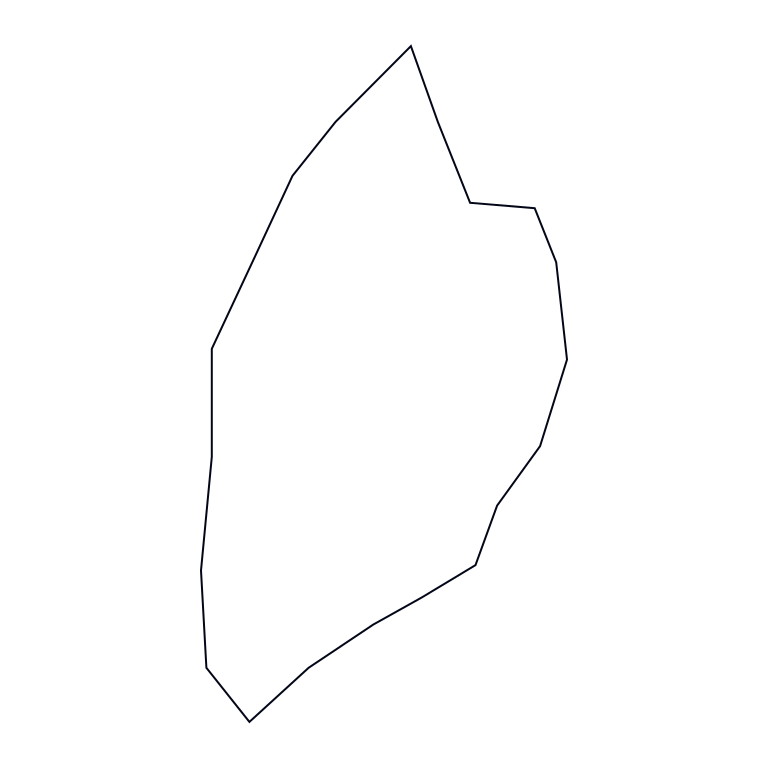 Agioi Iliofotoi, Nicosia, Cyprus
{"feature_id": "46923920B45981952402160", "entity_name": "Agioi Iliofotoi", "entity_type": "district", "adm_level": 2, "iso_a3": "CYP", "parent_name": "Cyprus", "parent_adm1": "Nicosia", "projection": "albers", "projection_center": [33.114, 35.064], "detail": "fine", "context": "isolated", "style": "outline", "palette": "ink", "viewbox_px": 768, "rotation_deg": 0, "n_neighbors": 0, "source": "geoboundaries", "source_scale": "gbopen_adm2", "svg_char_len": 377}
<svg xmlns="http://www.w3.org/2000/svg" viewBox="0 0 768 768"><path d="M410.9,46.1L335.6,121.8L292.5,175.8L254.8,256.9L211.8,348.8L211.8,456.9L201.0,570.5L206.4,667.8L249.4,721.9L308.6,667.8L373.2,624.6L421.7,597.5L475.5,565.1L497.1,505.6L540.1,446.1L567.0,359.6L556.2,262.3L534.7,208.2L470.1,202.8L437.8,121.8L410.9,46.1Z" fill="none" stroke="#020617" stroke-width="2"/></svg>